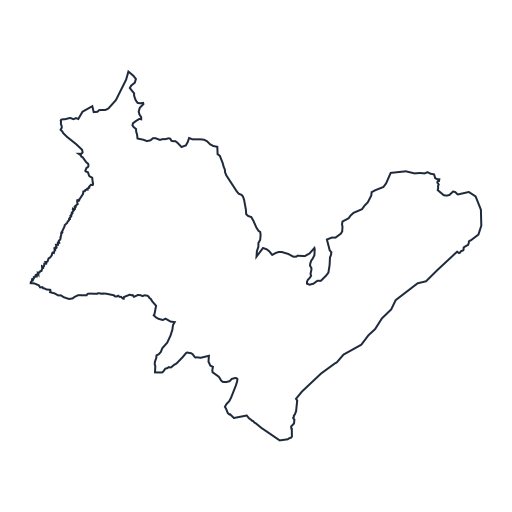 Akwapem North, Eastern, Ghana (Robinson projection)
{"feature_id": "2480657B16553972090858", "entity_name": "Akwapem North", "entity_type": "district", "adm_level": 2, "iso_a3": "GHA", "parent_name": "Ghana", "parent_adm1": "Eastern", "projection": "robinson", "projection_center": [-0.184, 5.959], "detail": "fine", "context": "isolated", "style": "outline", "palette": "slate", "viewbox_px": 512, "rotation_deg": 0, "n_neighbors": 0, "source": "geoboundaries", "source_scale": "gbopen_adm2", "svg_char_len": 5939}
<svg xmlns="http://www.w3.org/2000/svg" viewBox="0 0 512 512"><path d="M468.8,192.0L458.2,194.4L457.5,194.3L455.3,192.1L453.1,191.5L449.4,195.0L446.7,195.6L443.7,195.2L437.7,190.1L438.2,188.0L438.0,186.2L438.7,184.5L437.4,182.7L437.4,181.9L437.9,181.2L439.0,181.0L439.3,179.3L437.3,179.2L435.2,178.2L434.1,174.4L430.5,173.7L427.5,172.2L424.6,173.4L420.0,173.0L414.5,173.4L405.8,171.3L390.7,172.9L386.1,183.4L383.4,187.0L375.3,190.2L371.6,192.2L371.3,195.5L367.8,202.3L364.6,205.6L362.0,209.2L353.6,212.8L350.7,215.4L348.6,218.3L342.5,221.5L342.0,224.2L342.5,226.8L342.2,231.4L340.8,233.7L335.5,237.6L331.8,237.6L326.9,239.5L329.7,250.3L331.4,252.3L330.8,255.6L330.0,257.2L329.6,265.1L328.4,272.6L326.1,275.6L320.9,280.8L317.4,280.8L313.4,283.7L309.6,284.7L307.0,283.7L307.0,281.7L307.9,279.7L309.6,278.1L311.1,275.8L310.5,273.9L311.4,269.9L311.4,268.0L310.0,265.6L310.3,263.4L311.2,260.7L312.6,258.8L314.4,255.2L314.7,249.3L314.4,248.0L309.5,253.5L304.8,256.1L297.6,255.7L296.2,256.7L293.3,256.7L288.4,254.0L281.7,252.0L278.6,252.0L275.7,253.0L272.2,254.9L269.3,251.3L266.7,249.3L263.0,248.0L256.5,256.6L256.9,251.2L258.4,246.7L258.4,243.0L260.2,239.8L260.6,234.8L260.2,232.0L258.4,230.7L256.3,227.4L253.4,220.8L251.3,217.1L248.0,215.9L246.2,214.2L245.9,209.7L244.1,199.9L243.0,196.6L241.6,194.9L238.7,193.7L236.9,191.6L226.2,175.2L225.1,172.3L224.8,169.4L223.7,166.9L222.6,162.8L219.8,155.8L217.6,154.2L217.3,146.8L213.3,146.0L210.1,144.3L207.2,141.4L204.3,139.8L200.3,139.3L192.4,139.3L189.1,138.0L187.7,142.1L185.9,145.4L181.5,147.0L177.6,142.9L175.4,141.2L172.9,141.2L171.4,140.8L170.3,138.7L168.5,138.3L165.7,139.1L162.8,139.1L159.9,139.9L155.5,138.2L153.0,138.2L150.5,140.3L146.9,141.1L143.6,139.8L137.5,138.5L137.1,134.9L136.1,131.2L136.1,129.1L133.6,127.0L132.5,125.4L132.9,123.3L136.1,120.9L139.4,118.9L141.2,119.3L141.2,117.2L139.4,114.4L138.7,111.5L139.8,107.8L143.4,104.1L143.1,102.9L140.2,103.3L137.6,102.9L135.8,100.4L134.8,97.9L134.1,95.5L134.1,93.4L129.8,88.0L131.2,85.6L134.8,82.7L135.9,79.0L133.4,75.8L128.4,71.6L126.1,79.7L115.9,100.1L108.4,108.5L105.6,109.9L99.2,110.1L97.4,111.8L93.7,112.1L92.3,106.2L82.5,111.7L78.3,119.0L76.0,118.1L73.5,119.2L70.4,118.0L69.4,118.1L65.1,119.2L62.1,119.4L61.2,119.7L60.7,120.4L61.0,121.4L60.9,124.0L61.6,125.8L61.8,127.6L60.6,129.8L62.4,131.6L63.1,133.0L66.8,136.7L76.2,144.2L82.1,149.8L82.6,152.3L82.2,153.0L81.2,153.8L78.7,153.8L80.8,155.2L81.4,156.7L82.6,157.2L86.2,162.2L88.2,163.9L88.5,165.6L88.2,166.6L87.7,167.3L86.6,167.7L85.3,170.7L85.6,171.4L87.9,172.2L89.2,175.9L89.7,176.4L92.2,177.7L92.7,182.2L93.1,183.2L92.9,184.8L92.3,185.1L91.0,184.7L89.1,186.7L89.3,187.7L87.3,188.6L87.6,189.6L85.4,189.9L84.8,191.2L83.3,191.5L83.0,194.0L79.5,199.3L78.7,199.7L79.1,200.5L78.8,200.8L77.9,200.1L77.2,200.3L77.3,203.1L77.7,204.0L75.2,206.1L75.8,206.3L75.6,207.2L74.9,207.6L74.9,209.1L74.4,209.3L73.0,208.6L72.8,209.5L73.8,210.4L71.7,212.8L71.7,213.4L72.2,213.5L70.9,215.2L71.4,215.3L71.2,216.5L69.8,217.5L69.9,219.0L69.1,219.0L68.9,220.4L67.6,221.6L67.3,222.7L64.7,225.2L64.5,226.5L62.2,231.3L62.4,232.4L62.0,232.9L61.4,232.6L61.2,233.1L61.2,235.1L60.4,237.4L60.7,237.8L60.2,239.6L58.9,240.6L58.7,241.3L59.3,242.8L58.9,243.0L58.3,242.4L57.8,242.6L58.0,244.8L56.0,244.8L56.6,247.5L56.4,247.8L55.6,247.5L55.4,248.5L54.5,248.2L54.4,249.0L55.1,250.3L54.4,250.9L53.9,253.0L52.6,252.6L51.9,254.0L51.9,255.2L49.9,257.7L48.6,258.3L47.6,261.3L46.8,261.9L45.6,262.0L46.3,262.9L46.2,263.7L44.3,263.7L44.1,266.0L43.1,266.8L42.0,266.2L42.0,267.0L43.2,267.7L43.2,268.0L42.2,268.6L41.4,271.0L40.4,271.1L39.5,272.4L38.0,272.5L38.4,273.1L38.4,274.4L38.0,273.8L35.9,274.9L36.2,275.8L36.8,275.5L36.8,276.5L35.7,276.7L35.2,276.2L34.7,276.9L33.8,277.1L33.8,278.5L33.2,278.8L33.0,279.6L32.5,279.0L32.1,279.1L31.9,281.0L30.8,282.1L30.7,283.2L34.3,283.4L38.9,285.4L40.1,287.4L42.5,287.2L43.1,288.3L44.1,288.3L46.6,289.5L50.2,289.8L50.2,290.7L50.5,291.0L50.1,292.2L54.6,293.4L58.2,295.4L61.0,295.4L63.7,297.2L69.0,299.0L72.7,298.4L74.4,297.0L78.2,295.2L86.5,295.3L87.6,293.9L89.2,293.6L97.0,293.8L98.0,293.2L100.3,293.4L101.2,293.8L102.1,293.5L103.0,293.8L103.5,293.5L106.2,293.7L114.0,295.3L114.7,296.3L116.9,296.5L118.1,295.7L119.7,296.9L121.1,296.9L123.0,298.6L123.7,298.7L124.0,297.0L129.7,294.7L132.2,295.4L132.7,295.1L134.0,296.8L137.9,295.0L140.5,295.2L142.6,296.1L144.4,295.3L147.4,295.7L148.6,296.6L149.5,298.1L150.6,298.7L152.4,301.6L156.1,305.8L154.5,314.0L153.7,315.3L156.0,317.4L158.2,318.7L162.7,320.0L165.6,318.7L170.6,321.6L174.7,322.1L173.0,325.1L172.4,329.6L170.5,335.6L167.2,342.7L162.3,348.2L160.8,352.0L158.8,354.2L156.5,355.4L156.2,358.2L154.9,361.8L154.7,364.2L155.3,366.0L155.0,372.4L162.0,372.5L163.2,371.6L165.4,368.6L167.2,368.2L168.8,367.1L170.0,367.5L171.2,367.3L174.0,364.9L176.5,363.5L182.8,357.0L186.0,353.1L187.1,352.5L191.3,353.3L192.7,354.3L194.7,357.0L195.4,357.5L197.0,357.3L200.6,357.8L208.9,355.8L208.5,361.7L210.4,365.7L212.9,366.8L212.3,370.4L212.6,372.3L218.1,376.2L219.3,377.4L221.1,380.5L222.2,381.5L222.8,381.9L226.0,382.1L229.6,381.2L231.8,378.9L235.2,378.0L236.5,378.2L237.4,379.0L237.2,381.1L235.9,385.4L231.1,397.6L229.3,401.1L226.6,403.9L224.9,406.8L226.0,408.6L227.8,413.1L229.4,414.5L230.0,414.2L233.9,418.0L246.7,415.5L249.0,418.3L251.4,420.0L251.9,420.7L253.3,421.2L254.2,422.4L255.9,423.4L261.5,428.0L279.7,440.4L287.7,439.3L289.5,438.1L291.1,437.7L291.9,436.5L291.8,428.8L291.3,428.6L291.2,426.4L294.0,423.5L294.4,419.6L293.3,418.4L293.2,417.7L293.9,416.8L293.9,415.5L294.8,414.5L296.1,411.2L297.2,400.5L296.0,398.8L302.0,391.5L321.1,373.5L334.9,363.4L336.7,362.5L343.5,354.6L361.3,344.7L368.4,335.3L375.1,329.1L381.9,318.4L391.2,309.4L395.7,300.1L417.6,283.3L426.0,281.3L437.1,270.3L457.1,251.7L459.0,253.1L460.0,252.6L461.1,251.1L463.1,250.4L463.6,249.6L463.6,247.8L464.0,247.2L468.1,244.8L468.7,243.3L468.9,241.5L469.5,240.8L470.6,240.5L478.4,234.6L481.3,225.7L480.9,209.7L475.6,196.4L468.8,192.0Z" fill="none" stroke="#1e293b" stroke-width="2"/></svg>